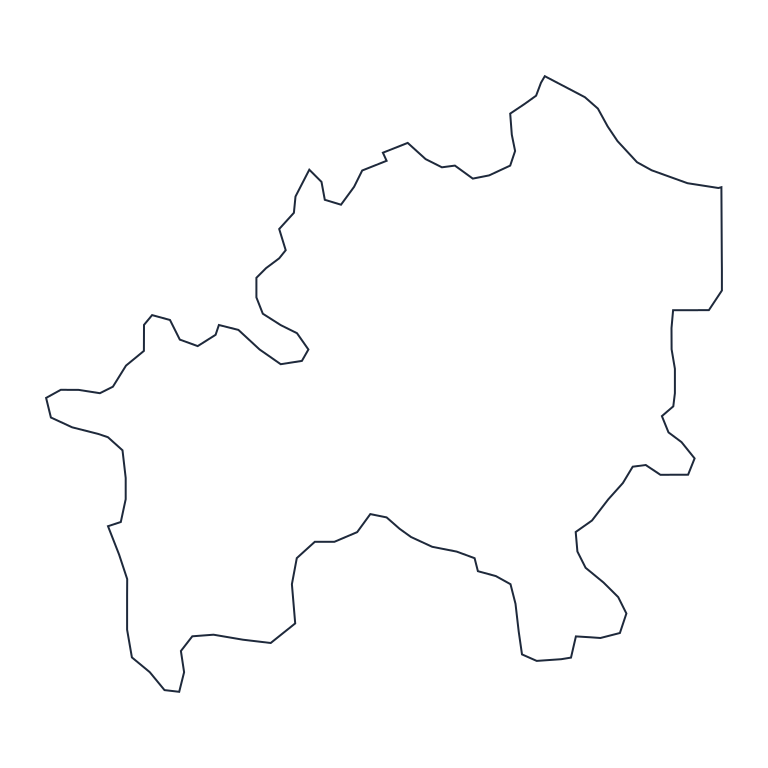 the district of Mungyeong-si, North Gyeongsang, South Korea
{"feature_id": "91817680B43065782555772", "entity_name": "Mungyeong-si", "entity_type": "district", "adm_level": 2, "iso_a3": "KOR", "parent_name": "South Korea", "parent_adm1": "North Gyeongsang", "projection": "orthographic", "projection_center": [128.138, 36.686], "detail": "fine", "context": "isolated", "style": "outline", "palette": "slate", "viewbox_px": 768, "rotation_deg": 0, "n_neighbors": 0, "source": "geoboundaries", "source_scale": "gbopen_adm2", "svg_char_len": 1808}
<svg xmlns="http://www.w3.org/2000/svg" viewBox="0 0 768 768"><path d="M309.3,169.7L295.5,196.5L293.9,212.8L279.2,229.0L285.7,250.2L279.2,258.3L266.1,268.1L256.4,277.8L256.4,297.4L262.8,313.7L280.7,325.1L297.0,333.2L308.4,349.5L301.9,360.9L280.7,364.2L259.6,349.5L238.4,329.9L218.9,325.0L215.6,334.8L197.7,346.1L179.8,339.6L170.0,320.0L152.1,315.1L144.0,324.9L143.9,350.9L126.0,365.6L112.9,386.7L99.9,393.2L78.7,389.9L60.8,389.8L46.1,397.9L50.9,417.5L72.1,427.3L98.1,433.9L107.9,437.2L122.5,450.3L125.7,478.0L125.7,499.2L120.8,522.0L108.0,526.2L119.1,554.6L127.2,579.1L127.1,595.4L127.1,615.0L127.1,629.7L131.9,657.4L149.8,672.2L164.5,690.1L179.2,691.8L184.1,672.2L180.9,651.0L192.3,636.3L213.5,634.7L242.9,639.7L270.7,643.0L295.2,623.4L291.9,584.2L296.8,558.1L314.8,541.8L334.4,541.8L357.2,532.1L370.3,514.1L386.6,517.4L399.6,528.8L411.0,537.0L432.2,546.8L456.7,551.6L474.6,558.2L477.9,571.2L495.9,576.1L510.5,584.2L515.5,603.8L518.7,631.5L522.0,654.4L536.7,660.9L561.2,659.2L571.0,657.6L575.9,636.4L590.7,637.3L600.4,638.0L619.9,633.0L626.4,613.5L618.2,597.1L603.5,582.5L585.6,567.8L577.4,551.5L575.7,532.0L592.0,520.5L608.3,499.3L622.9,483.0L632.7,466.7L645.7,465.0L660.4,474.8L688.1,474.7L694.6,458.4L681.5,442.1L668.5,432.4L661.9,416.1L673.3,406.3L674.9,393.2L674.9,368.8L671.6,349.3L671.5,328.1L673.1,310.2L692.7,310.2L708.9,310.1L721.9,290.5L721.9,277.5L721.9,269.4L721.8,258.0L721.4,187.2L718.4,188.0L687.5,183.2L651.7,170.3L637.0,162.2L617.5,141.1L607.7,126.5L597.9,108.6L584.9,97.2L544.8,76.2L541.0,82.7L536.1,95.7L524.8,103.8L510.2,113.6L511.8,134.7L515.1,151.0L510.2,165.6L489.1,175.4L472.8,178.6L454.9,165.6L441.9,167.3L425.6,159.1L407.7,142.9L382.9,152.7L386.6,160.8L362.2,170.5L354.1,186.8L341.0,204.7L324.8,199.8L321.5,181.9L309.3,169.7Z" fill="none" stroke="#1e293b" stroke-width="2"/></svg>